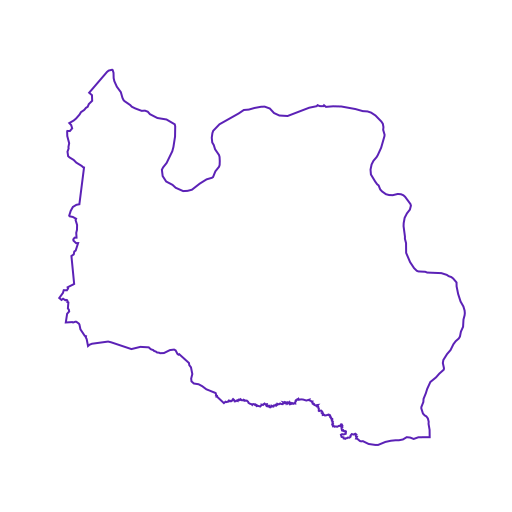 outline of Kintampo North Municipal, Brong Ahafo, Ghana, rotated 83°
{"feature_id": "2480657B78031413348906", "entity_name": "Kintampo North Municipal", "entity_type": "district", "adm_level": 2, "iso_a3": "GHA", "parent_name": "Ghana", "parent_adm1": "Brong Ahafo", "projection": "robinson", "projection_center": [-1.417, 8.387], "detail": "fine", "context": "isolated", "style": "outline", "palette": "violet", "viewbox_px": 512, "rotation_deg": 83, "n_neighbors": 0, "source": "geoboundaries", "source_scale": "gbopen_adm2", "svg_char_len": 6088}
<svg xmlns="http://www.w3.org/2000/svg" viewBox="0 0 512 512"><g transform="rotate(83 256 256)"><path d="M298.8,452.9L299.2,446.4L299.7,445.7L299.2,443.2L299.4,442.3L301.6,440.0L302.6,439.6L307.4,439.2L314.4,435.7L314.9,434.5L316.0,434.9L317.8,434.2L324.9,433.7L323.8,432.1L323.1,429.5L322.9,413.2L324.0,410.3L333.2,391.0L332.1,381.8L333.6,373.6L335.7,371.8L336.9,369.4L337.8,368.8L338.6,367.1L339.7,366.0L340.2,363.9L340.8,363.0L341.1,359.2L338.9,352.9L338.9,348.7L339.9,347.3L343.6,345.9L344.5,345.0L344.1,344.2L354.0,335.6L356.2,335.5L358.6,334.1L365.4,333.6L369.8,335.3L372.6,335.3L375.0,333.2L376.3,328.6L378.7,325.2L382.2,321.6L387.1,312.8L389.2,312.4L389.7,312.7L390.1,312.1L390.6,312.2L390.5,311.7L391.0,311.7L398.1,305.8L396.9,304.0L397.4,303.3L397.2,301.8L396.3,300.7L397.0,300.5L396.6,299.3L397.2,298.6L396.5,297.0L395.7,296.8L395.2,296.2L396.5,295.1L397.7,294.9L397.7,293.8L397.1,292.8L397.7,291.8L397.1,291.6L397.1,291.1L396.7,291.3L396.3,290.3L396.9,289.0L396.4,288.7L397.5,287.6L397.6,286.1L397.2,285.8L397.8,284.8L398.3,284.9L398.4,282.8L399.7,281.6L400.9,281.3L401.9,280.0L402.6,278.4L403.3,277.9L402.7,277.4L402.7,276.3L403.5,275.4L403.2,275.0L403.8,274.6L403.6,274.2L404.2,273.4L404.8,273.8L405.1,273.6L404.9,272.5L405.9,270.1L404.5,268.6L404.2,268.6L404.7,267.2L404.2,266.9L403.5,265.5L404.3,265.0L404.4,263.4L405.2,263.8L405.7,262.8L405.9,263.3L406.2,262.9L406.5,263.2L406.9,262.0L406.5,261.1L407.5,260.9L407.2,260.2L407.8,259.8L407.1,259.0L407.2,258.6L406.6,258.6L407.5,257.0L406.5,256.4L406.7,255.3L406.2,254.9L406.9,254.3L405.5,253.2L406.1,252.9L405.6,252.3L406.0,251.4L405.3,250.0L406.0,249.0L406.3,247.6L405.6,247.1L405.6,246.4L405.3,246.1L404.6,246.6L404.9,245.8L404.4,245.2L404.9,244.4L405.5,245.0L405.6,244.0L406.1,243.9L405.3,243.1L406.2,242.6L405.3,241.9L406.2,241.2L405.5,240.6L406.9,240.4L406.5,239.8L407.2,239.7L407.0,238.6L406.3,238.2L406.5,237.7L407.0,238.0L407.3,236.6L406.6,235.6L407.0,235.0L405.8,234.9L405.0,234.1L404.4,234.3L404.0,234.0L403.8,232.8L403.2,232.4L403.7,231.6L403.1,231.2L403.9,230.8L403.8,228.7L404.2,226.8L405.6,223.6L405.1,220.7L405.6,221.0L406.5,219.2L407.6,218.4L407.4,217.7L409.1,217.8L409.5,217.0L409.8,217.4L411.1,216.0L411.5,214.9L412.3,214.3L411.4,213.6L411.4,212.8L411.9,213.4L413.0,212.6L414.2,212.8L414.9,212.2L417.3,212.6L417.6,212.3L417.3,210.3L418.4,209.3L420.0,208.8L420.1,209.7L421.1,209.0L422.0,209.1L422.0,207.5L422.7,207.0L422.7,205.9L422.2,203.2L422.6,202.6L422.9,203.0L423.4,201.9L425.0,201.4L425.1,201.9L426.5,201.1L426.8,200.4L427.4,200.8L428.1,200.2L428.8,200.8L430.0,199.9L430.7,200.4L431.6,200.0L432.3,200.9L434.2,200.4L433.8,199.7L435.0,199.0L434.9,197.4L435.4,196.3L434.7,194.4L434.9,193.3L433.4,192.0L433.6,191.4L435.0,190.9L436.0,191.9L436.5,191.3L437.2,192.1L439.7,191.9L440.0,191.2L439.6,190.6L440.5,190.2L440.9,189.5L440.6,188.9L441.1,188.1L443.4,188.6L443.8,190.9L443.3,192.3L443.8,193.5L446.0,193.1L446.7,191.2L447.8,191.2L448.3,189.6L447.9,189.3L447.9,187.8L447.4,187.1L447.7,185.4L446.8,184.1L445.8,184.1L444.4,182.6L445.1,181.1L444.5,179.1L445.3,178.3L445.7,179.0L447.3,178.8L447.6,177.8L449.4,178.9L449.8,177.7L452.3,175.4L452.8,174.2L452.8,172.5L456.3,167.1L458.1,160.5L458.4,157.8L456.3,150.2L455.8,144.6L455.9,139.7L456.3,136.5L456.0,132.5L454.2,128.5L455.0,125.1L456.8,121.8L455.7,116.9L457.0,105.7L449.7,104.9L443.6,105.2L441.6,104.8L438.2,105.2L435.9,106.5L434.8,108.0L432.7,109.5L427.4,110.5L426.1,110.3L421.3,107.7L418.2,107.1L413.0,104.2L408.8,102.3L402.3,98.3L398.4,92.1L395.1,88.4L391.7,83.5L390.3,83.1L385.0,83.6L382.0,82.7L376.6,78.3L373.1,74.4L367.6,70.8L364.9,68.2L362.6,64.8L360.8,63.4L356.0,61.8L351.5,59.1L344.3,57.8L340.3,56.2L338.2,55.7L335.6,55.6L331.4,56.3L326.1,58.5L318.3,60.0L310.6,60.6L306.7,60.2L302.4,63.0L300.7,64.7L299.5,67.2L298.0,68.9L295.6,74.1L293.3,88.1L292.3,89.9L291.1,96.7L290.3,98.2L287.3,100.6L280.9,103.8L271.2,106.6L261.5,105.5L257.0,106.1L254.9,105.8L244.3,105.9L241.3,105.4L236.2,103.8L232.1,101.0L228.7,97.6L224.9,96.1L223.2,96.4L215.4,100.8L213.7,102.3L212.4,104.5L211.7,107.7L212.3,112.9L211.7,116.5L210.5,119.5L207.3,123.0L205.1,124.6L200.9,125.7L199.6,127.0L196.5,128.7L189.1,132.0L184.2,131.8L179.2,130.1L175.8,127.8L172.6,124.3L170.8,122.9L163.8,118.6L152.7,113.9L151.3,113.6L146.3,114.4L143.6,113.8L140.2,114.0L137.8,115.2L131.1,120.3L127.7,124.3L126.1,127.7L125.2,132.4L122.3,139.3L118.0,153.1L116.8,161.2L116.5,168.4L114.7,170.1L115.5,170.7L115.2,173.3L114.9,174.7L113.8,176.5L114.7,177.5L115.3,185.1L120.9,207.6L119.4,215.7L116.3,220.7L111.3,224.3L108.8,229.2L108.5,232.8L108.9,239.5L109.8,245.3L109.6,250.3L112.4,255.8L120.8,276.2L126.5,283.2L128.7,284.3L133.2,285.5L138.0,285.6L140.7,284.4L145.1,283.6L151.3,280.4L153.3,280.1L157.4,280.4L161.2,281.0L162.9,281.8L167.0,286.0L172.4,289.0L173.0,290.2L173.9,295.7L177.3,303.0L182.4,311.5L183.0,316.0L182.7,320.4L178.5,327.4L175.2,330.2L171.1,336.1L165.3,338.9L158.9,338.9L156.7,337.4L152.8,333.4L141.8,326.3L137.8,324.7L127.6,321.8L117.5,320.4L115.4,320.6L109.6,328.2L107.0,337.1L102.3,344.0L99.6,345.8L98.2,348.5L98.0,351.8L94.8,357.9L92.7,361.1L90.9,362.4L86.2,367.7L85.1,368.5L82.7,369.3L76.9,370.2L71.0,373.5L65.2,375.3L62.1,375.6L56.8,375.1L54.0,375.6L53.6,376.1L54.0,379.6L55.1,381.4L73.6,401.7L76.4,399.2L82.0,399.7L84.8,403.4L87.4,404.9L88.2,406.7L90.1,408.7L91.9,412.2L94.1,413.9L97.6,417.8L99.3,420.4L101.3,425.1L103.5,423.5L106.9,422.9L109.3,425.5L108.9,428.0L109.6,428.3L114.0,428.7L121.3,427.7L125.0,428.9L126.5,428.9L129.5,430.4L134.0,430.3L135.4,429.1L138.4,425.3L141.4,423.0L145.3,418.1L146.8,416.8L147.2,415.9L183.1,425.0L183.3,428.0L185.0,431.8L188.6,434.4L193.2,436.5L193.9,436.1L194.9,433.1L197.1,430.0L198.3,430.7L203.4,429.8L208.2,430.5L211.1,431.6L215.9,431.9L215.7,433.8L217.2,435.3L218.5,435.3L221.3,433.0L221.5,431.0L228.6,434.3L229.4,435.8L232.2,436.7L233.5,439.2L261.6,439.9L264.1,446.8L265.4,446.5L267.0,447.9L266.5,451.0L269.1,452.1L273.7,456.4L275.9,454.4L274.9,452.7L276.7,450.6L276.4,449.9L276.8,448.9L278.0,448.5L278.6,448.9L279.3,447.9L285.1,449.1L286.5,448.3L288.3,448.2L290.3,450.5L298.8,452.9Z" fill="none" stroke="#5b21b6" stroke-width="2"/></g></svg>